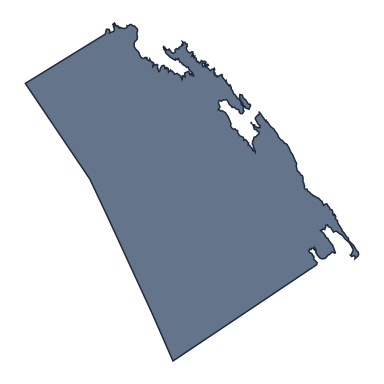 the district of East Kwaio, Malaita, Solomon Islands
{"feature_id": "97153195B50400826200425", "entity_name": "East Kwaio", "entity_type": "district", "adm_level": 2, "iso_a3": "SLB", "parent_name": "Solomon Islands", "parent_adm1": "Malaita", "projection": "equal_earth", "projection_center": [161.056, -8.944], "detail": "fine", "context": "isolated", "style": "filled", "palette": "slate", "viewbox_px": 384, "rotation_deg": 0, "n_neighbors": 0, "source": "geoboundaries", "source_scale": "gbopen_adm2", "svg_char_len": 5885}
<svg xmlns="http://www.w3.org/2000/svg" viewBox="0 0 384 384"><path d="M25.3,83.4L89.9,179.2L107.1,215.7L152.0,313.1L173.0,361.0L316.7,264.7L317.2,262.6L316.3,262.1L315.4,260.6L314.0,259.9L313.7,258.8L314.1,257.6L313.8,256.1L312.6,255.6L312.4,254.3L311.3,253.1L310.4,253.2L310.2,253.7L310.1,252.7L308.6,251.2L309.6,250.1L309.6,249.1L311.2,249.5L311.6,248.3L313.2,248.0L313.5,248.9L314.7,250.1L314.9,248.0L316.1,250.7L315.7,252.2L317.0,254.6L319.7,257.9L321.8,258.9L324.5,258.6L325.7,258.0L328.3,254.8L329.3,254.7L332.0,252.1L333.0,252.1L334.6,253.3L335.4,252.8L332.6,245.2L329.5,241.4L327.7,238.3L325.6,237.1L325.5,236.0L323.6,233.3L320.5,230.5L321.9,230.1L321.8,229.6L322.7,229.1L324.8,229.6L325.1,227.7L325.6,227.6L325.7,225.3L327.4,224.9L328.3,226.7L330.9,227.7L333.4,232.1L335.3,231.3L336.8,231.4L340.2,234.2L341.2,234.4L343.0,236.1L344.7,238.6L349.2,242.5L351.6,246.6L352.2,246.8L352.0,247.6L352.9,248.6L353.2,250.2L351.2,254.8L350.3,255.0L351.6,256.5L354.2,255.6L355.3,257.3L355.0,258.7L358.2,255.9L358.7,254.1L358.2,252.1L356.4,250.3L353.6,245.4L348.7,240.7L348.3,239.6L348.7,239.1L348.2,238.0L346.6,236.8L343.4,232.0L342.3,231.4L341.9,229.5L337.8,223.2L337.5,220.7L335.3,218.7L335.8,216.8L335.4,215.6L334.4,214.3L334.1,215.5L333.2,215.1L332.7,213.6L332.8,211.7L331.8,209.6L330.1,209.5L329.3,207.1L328.3,206.4L326.8,203.8L325.7,203.9L323.6,205.4L321.9,201.2L320.8,200.8L319.3,198.8L313.9,195.8L313.2,195.9L312.8,194.9L311.6,194.4L309.9,192.5L307.6,190.9L307.0,189.2L306.4,189.5L305.1,189.1L304.3,187.7L304.6,185.5L303.9,184.6L303.8,183.1L302.9,181.6L303.1,178.7L302.7,176.4L302.1,175.4L301.0,175.1L298.5,171.5L297.2,170.8L296.2,165.7L296.6,164.2L296.3,162.5L295.5,161.6L292.7,154.8L290.6,151.8L289.6,149.1L287.2,144.7L286.3,143.9L284.7,143.4L282.4,140.5L280.7,139.7L278.5,137.0L277.5,134.2L274.8,130.8L274.2,129.3L270.5,126.5L267.4,121.8L266.2,121.9L265.8,121.1L266.3,120.7L266.2,120.2L265.2,120.4L258.9,111.5L259.6,114.0L258.0,114.9L255.6,117.5L255.2,118.7L258.2,124.3L259.8,125.4L260.2,127.3L259.7,127.8L258.9,127.3L257.9,127.7L256.5,126.9L255.2,126.8L254.6,124.8L252.9,124.8L254.3,129.2L255.4,129.7L256.2,129.4L256.9,129.8L257.3,131.5L258.7,131.6L259.1,132.2L258.7,133.9L256.0,136.6L254.1,137.2L253.2,140.2L252.6,141.1L252.4,144.3L253.1,145.2L254.2,149.6L255.3,151.0L255.2,152.2L254.1,150.4L253.0,150.8L252.1,148.4L250.2,146.5L249.6,145.2L248.1,145.0L248.6,142.9L247.6,142.4L246.4,140.3L245.2,139.7L243.8,140.3L243.8,138.5L243.1,137.2L240.1,136.0L238.6,134.3L237.6,132.4L237.6,130.5L236.3,130.4L234.9,128.8L232.9,129.2L232.3,128.6L230.7,126.2L230.6,125.0L231.1,124.0L228.4,117.2L225.3,112.5L222.2,110.8L220.9,111.0L219.6,110.0L218.2,109.8L220.0,106.9L218.5,103.3L218.7,101.4L219.5,100.4L221.4,101.2L222.9,100.1L226.7,99.7L228.2,101.9L229.2,104.4L231.6,106.3L232.1,107.5L234.0,107.1L236.7,109.4L238.6,109.5L239.3,110.8L239.1,111.9L240.5,113.6L242.4,113.7L244.0,111.1L243.0,109.6L243.8,107.6L242.6,105.6L241.4,104.6L240.8,101.5L238.2,98.5L237.1,98.4L237.1,97.6L235.2,94.9L233.6,93.8L232.3,90.2L231.3,89.4L231.3,87.4L230.6,86.6L230.4,85.1L229.8,84.9L229.4,85.9L229.0,85.8L226.0,81.6L226.4,81.1L226.1,80.4L225.6,81.2L223.0,78.0L222.1,76.5L222.4,75.5L222.0,74.6L221.2,74.5L218.6,76.4L216.8,75.7L216.8,76.7L215.1,75.3L215.0,73.8L214.5,74.5L214.3,74.2L213.9,70.7L214.7,69.9L214.3,68.2L213.1,69.2L212.1,69.1L210.3,70.7L207.3,67.5L206.2,66.7L206.0,67.0L204.7,65.2L203.5,66.8L202.8,66.6L202.2,64.2L202.6,63.3L204.3,63.4L205.0,65.3L205.4,63.2L206.0,62.4L205.7,61.8L204.1,61.1L203.1,61.6L201.3,60.5L200.6,62.5L199.7,63.4L199.0,62.2L197.2,61.3L197.1,61.8L196.6,61.2L196.7,60.6L196.3,60.6L196.3,58.4L194.9,57.7L194.8,56.6L194.2,57.6L193.9,55.7L193.6,55.2L193.7,56.7L192.9,56.4L193.1,54.8L192.0,55.7L192.9,53.4L192.8,51.9L191.6,51.8L190.0,53.1L187.5,51.5L186.3,48.8L186.2,47.5L187.2,46.5L187.1,44.0L185.9,44.1L184.9,42.2L183.7,42.5L182.4,41.6L183.1,43.5L182.8,44.3L182.2,44.1L181.6,45.2L181.6,45.7L182.1,45.7L179.0,47.5L179.2,48.0L178.5,48.7L177.3,49.3L176.6,48.6L175.2,49.5L175.1,52.3L173.7,53.1L171.9,52.8L169.1,49.0L168.4,50.0L167.4,50.0L166.5,49.3L165.9,49.5L164.8,47.4L164.1,47.5L164.0,46.7L163.6,46.5L163.3,47.4L164.0,49.4L165.1,50.0L164.9,50.7L165.5,51.1L165.5,52.2L166.1,53.3L170.6,57.5L175.1,60.2L175.5,60.1L175.7,58.8L177.3,59.6L178.5,58.6L179.7,62.0L181.6,62.7L182.1,63.9L183.0,64.2L183.3,65.1L184.4,65.3L186.7,67.3L188.3,67.0L188.6,68.8L191.6,72.2L192.2,72.3L194.2,76.3L193.1,75.5L192.1,75.8L191.1,73.7L190.5,73.6L189.9,74.7L189.0,71.9L188.3,71.3L184.7,73.1L185.0,77.0L183.0,75.6L182.5,75.8L182.5,78.3L182.0,79.6L180.7,76.1L177.1,73.4L174.3,74.3L174.1,73.1L171.9,70.9L171.3,71.0L170.6,70.0L169.8,71.3L169.1,71.0L168.5,71.9L168.3,68.6L167.3,67.9L166.6,69.5L166.7,68.2L166.2,67.6L165.5,68.7L164.9,68.7L164.5,66.0L163.7,65.3L161.9,65.8L160.3,68.5L159.9,70.7L158.9,71.7L158.1,69.9L158.1,68.8L157.3,67.9L157.7,65.0L157.0,65.1L156.6,64.4L154.9,65.1L154.4,64.8L152.8,66.9L152.6,66.1L153.8,63.7L153.6,62.8L152.1,62.6L152.1,61.8L150.5,61.0L149.7,59.0L149.2,60.6L148.9,60.8L146.6,59.2L146.6,58.6L147.3,58.1L146.8,57.5L144.8,57.5L144.2,58.4L143.2,58.5L140.9,57.3L140.0,55.7L139.0,52.6L135.2,48.5L134.1,46.0L134.3,42.4L137.3,39.0L137.4,36.3L136.7,33.5L137.5,31.3L137.5,29.2L134.4,25.9L133.2,26.0L131.1,24.5L130.2,24.5L128.1,25.9L127.0,25.6L127.0,27.2L125.6,28.3L123.2,28.5L120.1,27.4L120.3,28.0L119.1,28.3L118.3,26.4L117.6,25.7L116.5,26.3L114.5,23.0L112.8,24.3L113.2,25.1L114.2,25.0L114.5,26.7L113.5,26.8L114.4,29.4L113.8,31.4L109.4,33.0L109.9,31.1L109.0,29.3L106.4,29.3L105.3,34.1L25.3,83.4ZM250.5,105.0L249.8,104.1L248.5,104.3L245.5,99.6L243.3,98.2L242.3,95.1L239.9,94.5L239.6,96.4L240.0,99.2L241.2,101.5L242.8,103.3L243.0,105.2L245.5,107.0L245.7,108.0L249.0,109.3L250.5,105.8L250.5,105.0ZM208.5,65.2L207.9,64.3L206.3,64.3L205.8,64.8L205.5,66.1L206.7,66.1L208.5,65.2ZM251.7,123.6L251.6,123.0L250.9,121.9L251.1,123.1L251.7,123.6Z" fill="#64748b" stroke="#1e293b" stroke-width="1.5"/></svg>